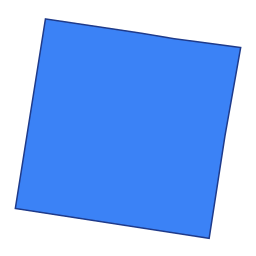 the district of Lake, Michigan, United States of America, rotated 99°
{"feature_id": "52423323B68600605298438", "entity_name": "Lake", "entity_type": "district", "adm_level": 2, "iso_a3": "USA", "parent_name": "United States of America", "parent_adm1": "Michigan", "projection": "mercator", "projection_center": [-85.866, 43.991], "detail": "fine", "context": "isolated", "style": "filled", "palette": "blue", "viewbox_px": 256, "rotation_deg": 99, "n_neighbors": 0, "source": "geoboundaries", "source_scale": "gbopen_adm2", "svg_char_len": 257}
<svg xmlns="http://www.w3.org/2000/svg" viewBox="0 0 256 256"><g transform="rotate(99 128 128)"><path d="M120.6,31.0L30.9,29.3L32.6,96.7L32.3,129.1L33.2,226.6L225.1,226.7L224.3,30.6L120.6,31.0Z" fill="#3b82f6" stroke="#1e3a8a" stroke-width="1.5"/></g></svg>